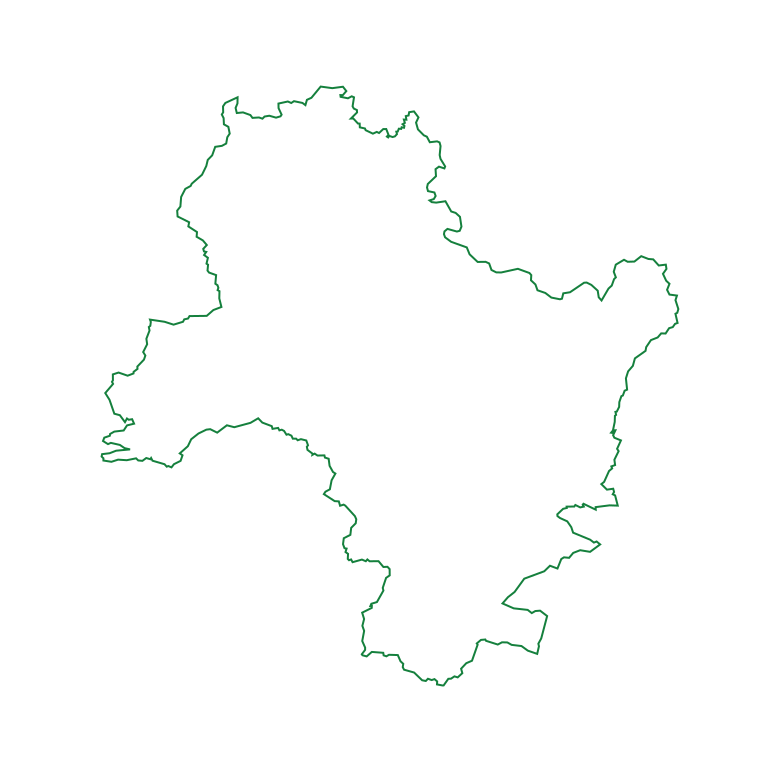 Villa Guerrero, Jalisco, Mexico (Albers equal-area conic projection), rotated 19°
{"feature_id": "50627088B81366253066727", "entity_name": "Villa Guerrero", "entity_type": "district", "adm_level": 2, "iso_a3": "MEX", "parent_name": "Mexico", "parent_adm1": "Jalisco", "projection": "albers", "projection_center": [-103.71, 22.019], "detail": "fine", "context": "isolated", "style": "outline", "palette": "green", "viewbox_px": 768, "rotation_deg": 19, "n_neighbors": 0, "source": "geoboundaries", "source_scale": "gbopen_adm2", "svg_char_len": 6165}
<svg xmlns="http://www.w3.org/2000/svg" viewBox="0 0 768 768"><g transform="rotate(19 384 384)"><path d="M396.2,542.9L397.4,548.8L400.1,552.1L402.2,551.8L402.3,555.4L405.3,556.3L406.7,561.2L408.3,562.0L410.0,560.6L412.3,562.7L420.3,557.2L424.5,557.5L425.4,555.3L428.1,556.3L436.5,553.3L443.0,557.2L446.8,555.7L449.6,557.2L451.7,563.1L449.1,566.6L449.2,577.2L450.7,579.5L448.3,592.5L443.6,595.9L443.4,598.3L444.7,597.7L445.3,599.7L437.8,607.3L441.7,612.7L442.3,619.7L445.6,623.9L447.1,634.1L452.0,639.4L452.7,641.6L451.0,646.8L452.0,647.5L456.3,647.2L459.7,641.3L470.8,638.4L472.0,640.7L474.9,640.7L476.9,638.4L485.3,635.8L489.9,640.8L493.3,642.3L493.9,645.6L496.0,647.6L506.4,647.0L516.5,651.7L520.2,651.2L521.5,648.4L525.5,648.4L527.8,646.6L531.1,647.9L531.9,650.8L537.4,650.0L538.5,649.6L540.8,641.8L543.3,640.8L545.8,637.5L549.2,637.4L552.2,631.9L549.6,628.1L552.7,621.2L557.3,617.0L557.4,600.0L556.2,599.1L559.0,594.4L563.0,592.6L564.1,593.6L576.4,593.3L579.7,589.8L584.8,588.2L589.6,589.1L599.3,587.0L606.8,589.3L616.7,589.3L615.9,581.5L614.5,579.3L615.5,573.4L613.8,550.3L605.4,547.5L601.0,549.4L598.3,552.5L593.4,550.8L579.7,553.9L567.5,552.9L570.6,545.2L575.2,538.1L580.0,522.4L596.5,508.9L600.1,501.8L608.1,502.0L608.6,491.8L610.6,489.3L615.6,488.1L617.9,482.1L623.6,477.3L633.5,475.6L640.6,465.3L636.3,463.7L634.1,465.6L629.6,464.1L611.2,463.0L607.7,458.4L602.0,454.2L594.0,453.4L591.0,452.4L590.3,450.8L594.0,443.7L597.2,441.7L596.6,440.5L603.8,437.9L604.3,436.1L609.7,436.8L612.8,434.9L611.2,433.5L611.6,432.3L625.1,433.9L624.2,431.5L636.8,425.3L644.6,422.9L638.8,414.1L636.2,413.8L636.7,411.2L634.8,408.4L629.2,411.3L622.1,407.9L624.0,404.9L625.1,393.0L627.2,389.5L625.8,387.9L628.9,385.4L626.5,380.6L627.7,371.1L625.5,369.4L626.4,360.2L619.3,359.8L617.3,357.8L617.9,352.4L616.6,352.9L616.3,355.8L614.6,356.1L615.6,353.4L614.5,344.7L612.7,338.9L613.5,337.6L611.9,335.0L613.1,334.3L613.8,329.1L612.4,324.5L612.4,318.2L613.6,317.1L613.7,312.0L615.7,310.2L610.9,299.9L610.7,292.6L613.4,285.8L612.9,278.1L620.5,267.5L619.9,263.8L622.1,255.6L627.6,250.9L629.6,245.9L633.8,244.6L635.4,238.4L638.5,236.2L639.6,232.4L641.7,230.7L636.7,222.7L638.1,221.2L637.9,217.3L632.3,209.8L632.2,205.0L624.8,206.5L621.0,202.8L621.3,196.3L617.2,194.5L611.9,189.0L613.6,183.2L611.6,179.4L605.2,182.5L598.0,178.5L593.3,179.7L585.6,179.4L580.9,186.7L574.6,189.1L570.5,188.4L564.3,195.7L564.7,203.1L568.5,207.7L567.4,209.9L567.3,216.8L565.2,220.7L562.5,234.2L558.8,232.1L555.7,226.2L547.8,222.8L542.6,222.1L540.2,223.1L530.0,236.7L524.0,239.9L524.5,245.4L522.8,246.6L514.1,247.8L506.9,245.4L498.6,245.4L494.8,240.6L489.2,238.1L487.8,233.1L485.4,231.7L473.1,231.5L458.5,240.4L453.8,241.9L448.5,241.2L444.2,235.8L440.3,235.4L432.8,238.1L422.7,233.5L417.8,227.9L401.2,227.7L394.0,225.4L391.9,222.8L391.5,220.0L393.5,216.7L403.3,216.1L405.7,214.5L406.0,210.0L401.4,201.2L396.0,198.9L391.4,199.0L382.6,191.2L374.3,195.5L369.9,196.5L367.3,195.6L370.9,192.9L371.6,189.4L369.3,186.5L362.8,187.3L360.7,184.2L360.3,180.6L365.5,170.6L362.8,164.1L365.2,160.6L370.9,160.5L371.0,158.4L364.1,152.7L362.1,149.4L360.0,140.6L357.9,137.5L355.2,137.3L348.6,140.5L344.0,136.2L340.7,135.9L333.2,132.2L329.2,126.4L329.8,120.7L323.6,116.5L319.3,118.8L319.8,122.1L317.4,123.6L319.1,126.8L316.7,127.5L318.7,130.3L317.0,132.3L319.3,133.3L319.5,135.2L317.1,135.5L317.2,137.2L314.9,137.8L314.8,140.8L313.5,141.4L314.9,143.5L313.7,146.3L311.7,147.7L308.2,147.7L307.7,149.5L306.2,149.1L307.1,146.9L303.1,142.2L300.3,143.2L297.6,148.3L295.1,148.0L292.0,150.9L284.0,150.0L282.8,148.6L277.6,149.2L276.2,145.7L274.6,146.2L268.6,143.0L266.3,143.8L270.1,136.0L269.2,133.8L265.8,133.4L263.9,131.7L262.3,122.7L259.8,122.5L256.9,125.6L249.5,126.6L248.7,125.0L251.0,124.3L253.0,119.3L248.4,116.3L238.8,121.1L227.3,123.4L222.2,137.0L218.6,140.4L218.9,145.9L215.4,144.8L206.8,145.9L204.8,148.5L201.1,148.2L192.9,153.2L194.5,157.5L199.5,162.7L199.0,164.6L195.2,167.3L188.2,167.7L184.0,170.0L182.7,172.7L179.0,172.7L173.0,175.2L170.1,173.2L162.3,173.1L156.6,175.7L153.8,171.3L154.1,166.4L152.2,160.6L142.5,169.9L141.4,173.9L143.5,179.5L142.9,182.0L145.8,184.8L148.1,190.6L153.1,191.5L156.6,197.5L155.5,201.7L156.5,208.0L153.2,211.6L147.2,214.7L147.1,223.7L144.4,229.5L145.0,235.7L143.8,245.4L137.0,257.2L136.7,259.7L132.6,264.2L131.3,273.2L133.7,282.5L132.0,287.4L134.3,292.8L147.1,294.5L147.7,298.7L157.7,301.2L158.9,305.8L166.0,307.2L171.2,310.3L169.1,315.1L170.6,317.2L172.9,317.0L171.9,320.6L176.4,322.0L177.0,328.0L178.8,328.5L180.2,334.2L182.3,335.6L189.8,335.7L191.9,344.1L194.4,344.8L196.1,347.0L196.1,349.4L198.2,349.8L200.4,356.7L205.2,364.1L198.6,369.6L194.2,377.3L178.0,383.1L177.4,385.9L174.1,387.9L173.7,390.6L165.7,396.4L156.3,396.6L141.8,399.3L143.3,401.2L144.1,405.1L143.1,406.7L144.9,409.8L144.6,418.6L147.1,423.5L145.9,432.2L149.1,434.8L149.1,439.1L145.1,447.8L146.0,450.0L143.3,454.0L143.7,455.6L138.9,459.6L129.3,459.6L124.5,463.2L126.5,468.8L126.1,470.5L127.8,472.1L123.4,483.3L129.6,488.3L138.7,499.9L144.4,499.5L151.5,504.4L152.2,500.3L154.3,500.9L157.3,499.3L160.6,502.9L154.5,506.8L153.0,512.7L144.5,516.8L141.3,520.4L141.6,522.2L137.0,525.8L136.9,529.4L142.6,530.7L144.9,528.6L154.1,527.6L159.6,529.1L165.2,528.5L152.4,534.3L147.1,538.8L140.3,542.1L140.6,544.5L142.9,545.6L143.6,547.7L151.6,546.3L157.2,542.1L165.6,539.8L173.8,535.0L176.5,536.3L180.6,535.3L183.3,531.4L187.6,531.2L187.9,529.8L190.1,531.9L202.6,531.3L205.5,532.9L206.7,531.8L210.2,532.0L211.5,528.2L216.7,522.9L216.7,517.0L213.5,516.1L218.8,506.7L219.7,499.0L224.7,491.2L230.9,485.0L234.4,483.3L242.1,484.3L248.9,474.2L256.5,473.6L270.4,464.2L276.2,457.4L281.5,460.1L291.6,460.4L293.2,462.7L298.2,460.0L300.2,461.9L302.2,460.5L304.8,460.9L308.3,463.7L309.8,462.6L313.3,463.0L315.6,465.4L318.7,464.3L320.7,465.3L323.4,463.2L328.9,462.7L332.1,466.7L331.5,468.5L333.1,471.2L339.3,473.2L339.4,474.3L341.1,472.4L344.4,473.3L350.9,470.9L352.1,472.8L356.0,472.7L359.2,479.1L364.4,483.8L367.2,484.5L365.8,492.1L367.1,501.2L363.7,504.9L363.0,507.7L375.5,510.8L379.5,509.7L382.1,513.4L385.1,511.2L387.0,511.6L399.5,518.4L401.8,520.9L402.6,524.9L399.8,530.7L401.3,537.6L396.2,542.9Z" fill="none" stroke="#15803d" stroke-width="2"/></g></svg>